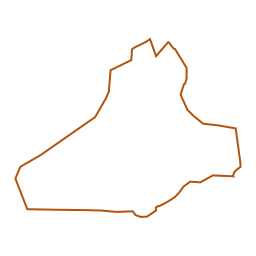 Al Wazi'yah, Ta`izz, Yemen
{"feature_id": "15242507B35226342487044", "entity_name": "Al Wazi'yah", "entity_type": "district", "adm_level": 2, "iso_a3": "YEM", "parent_name": "Yemen", "parent_adm1": "Ta`izz", "projection": "orthographic", "projection_center": [43.764, 13.18], "detail": "fine", "context": "isolated", "style": "outline", "palette": "amber", "viewbox_px": 256, "rotation_deg": 0, "n_neighbors": 0, "source": "geoboundaries", "source_scale": "gbopen_adm2", "svg_char_len": 1140}
<svg xmlns="http://www.w3.org/2000/svg" viewBox="0 0 256 256"><path d="M40.7,155.0L33.3,159.3L20.4,166.7L19.9,167.8L15.4,178.6L21.6,194.5L27.3,209.2L37.8,209.4L60.3,209.8L75.4,210.0L82.0,210.1L83.2,210.1L93.1,210.3L94.7,210.4L96.7,210.4L98.5,210.4L100.6,210.5L100.8,210.5L111.9,211.5L117.1,211.9L132.8,211.3L135.5,215.1L140.8,216.9L145.2,216.7L146.9,216.7L148.7,215.5L156.0,210.5L155.8,207.6L158.0,206.1L159.3,206.1L165.5,202.9L167.0,202.1L174.5,197.4L178.7,193.1L183.6,186.5L190.2,181.6L195.0,182.0L196.9,182.1L200.1,182.4L212.9,175.4L214.9,175.5L228.6,176.1L231.0,176.2L232.9,176.3L232.8,176.2L234.0,173.0L235.7,170.5L240.6,166.8L240.2,161.3L240.0,159.8L238.8,151.4L237.5,141.5L237.2,139.2L236.9,137.3L235.7,128.4L216.8,125.2L203.0,123.7L194.0,116.3L192.1,114.5L187.4,109.8L186.5,107.8L180.6,94.7L183.9,84.3L185.1,83.6L186.6,78.3L186.6,67.8L184.5,64.5L182.7,61.5L178.6,54.8L174.9,48.9L173.6,48.6L172.9,47.7L168.6,42.1L168.2,42.1L157.9,54.0L156.1,56.2L150.0,39.1L149.7,39.3L145.5,42.1L135.1,47.2L132.0,49.2L131.3,60.1L110.6,70.2L108.8,91.6L106.8,96.4L105.5,99.1L95.1,117.1L40.7,155.0Z" fill="none" stroke="#b45309" stroke-width="2"/></svg>